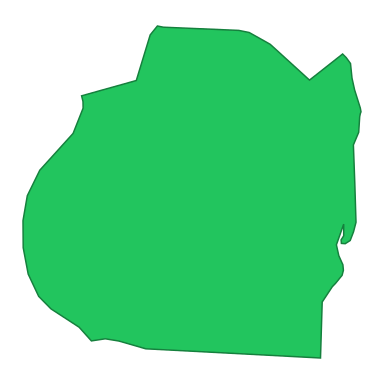 outline of Baghdad
{"feature_id": "IRQ-3063", "entity_name": "Baghdad", "entity_type": "Province", "adm_level": 1, "iso_a3": "IRQ", "parent_name": "Iraq", "parent_adm1": "", "projection": "natural_earth1", "projection_center": [44.431, 33.304], "detail": "fine", "context": "isolated", "style": "filled", "palette": "green", "viewbox_px": 384, "rotation_deg": 0, "n_neighbors": 0, "source": "natural_earth", "source_scale": "10m", "svg_char_len": 753}
<svg xmlns="http://www.w3.org/2000/svg" viewBox="0 0 384 384"><path d="M320.5,358.0L145.7,348.8L118.7,341.0L105.3,338.8L91.4,340.9L79.1,327.2L51.0,308.9L38.7,296.4L28.2,274.1L23.2,247.7L23.0,220.6L27.3,195.7L39.8,170.2L73.1,133.4L83.1,108.2L83.0,101.6L81.6,95.8L136.3,80.5L150.2,34.9L157.4,26.0L163.4,27.2L238.8,30.4L249.2,32.5L270.2,44.3L309.5,80.1L342.6,54.0L346.2,57.6L350.5,63.5L352.0,78.1L354.6,89.9L360.3,108.0L361.0,111.8L360.3,113.7L359.7,116.7L358.7,132.3L353.4,144.9L354.8,183.3L356.0,222.3L353.5,231.9L350.2,240.5L345.2,243.7L341.4,243.4L341.1,239.9L343.7,235.8L343.7,224.1L336.4,244.8L338.8,255.7L342.9,264.8L343.4,270.3L342.1,275.3L335.5,283.4L332.3,286.7L322.2,302.0L320.5,358.0Z" fill="#22c55e" stroke="#15803d" stroke-width="1.5"/></svg>